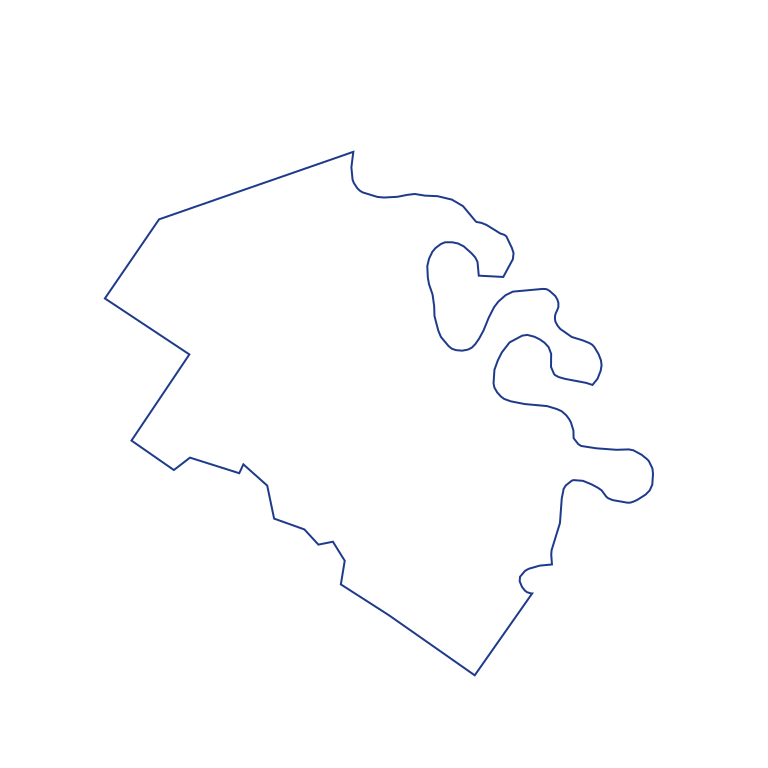 Tunica, Mississippi, United States of America (orthographic projection), rotated 125°
{"feature_id": "52423323B98518761698174", "entity_name": "Tunica", "entity_type": "district", "adm_level": 2, "iso_a3": "USA", "parent_name": "United States of America", "parent_adm1": "Mississippi", "projection": "orthographic", "projection_center": [-90.469, 34.658], "detail": "fine", "context": "isolated", "style": "outline", "palette": "blue", "viewbox_px": 768, "rotation_deg": 125, "n_neighbors": 0, "source": "geoboundaries", "source_scale": "gbopen_adm2", "svg_char_len": 2362}
<svg xmlns="http://www.w3.org/2000/svg" viewBox="0 0 768 768"><g transform="rotate(125 384 384)"><path d="M575.2,558.4L575.0,506.8L555.6,500.7L540.1,451.4L530.5,453.1L534.2,421.4L557.3,396.8L548.8,365.8L553.2,345.6L542.5,335.4L551.3,314.8L572.9,304.4L570.6,247.3L570.6,142.6L470.6,142.5L471.3,143.6L472.5,147.4L472.4,150.0L471.1,154.5L467.8,159.7L463.9,162.0L456.2,161.3L452.4,159.5L443.4,152.2L435.5,142.9L427.9,149.1L424.0,151.4L397.0,160.1L375.7,172.8L369.5,175.5L366.9,176.7L362.8,176.9L355.4,174.7L354.0,173.6L349.2,165.5L347.2,156.5L346.3,149.3L346.3,144.7L348.8,137.3L349.0,134.8L347.9,130.0L341.5,116.3L339.8,114.1L337.0,112.0L333.5,110.0L324.6,106.3L318.8,105.3L312.6,106.5L303.3,112.1L299.2,115.7L295.2,122.9L294.7,125.4L294.2,132.4L295.3,141.8L297.2,146.0L304.6,155.9L314.9,173.2L321.7,187.0L321.8,190.5L319.6,197.6L313.4,202.2L308.3,208.8L306.7,211.9L305.1,216.7L304.4,222.9L305.4,228.1L308.5,237.6L319.8,257.4L325.5,270.3L327.3,277.0L327.2,280.9L326.0,286.4L323.6,291.5L320.7,294.6L309.0,301.7L299.4,304.3L290.4,305.6L277.9,305.0L265.1,298.5L261.6,294.8L259.0,287.9L258.1,282.0L258.1,276.2L259.4,270.3L263.4,264.4L274.2,257.0L278.2,250.6L278.6,249.1L278.1,244.8L275.9,238.5L267.1,219.0L265.2,212.7L257.2,212.1L248.9,214.1L243.9,216.5L240.2,219.8L236.5,225.3L233.0,233.1L232.4,236.3L232.7,239.5L234.3,246.4L237.8,257.2L237.8,271.2L236.7,275.2L234.7,279.2L233.0,281.0L230.3,282.9L227.5,283.9L224.4,284.4L220.9,285.3L217.4,287.8L215.5,290.3L213.7,294.0L212.8,301.2L212.9,304.3L213.5,306.1L215.3,308.8L234.4,331.4L241.4,335.3L250.9,337.6L257.9,337.9L269.9,336.2L282.9,333.2L292.3,332.1L299.1,332.1L303.8,332.9L307.7,335.0L311.8,339.0L315.0,344.5L316.2,348.7L315.9,352.8L312.8,364.4L309.1,370.2L299.4,381.6L291.4,387.6L282.8,395.6L276.5,404.3L271.6,409.2L262.7,416.1L255.5,419.0L248.0,420.2L243.1,419.8L236.7,417.7L232.8,415.2L228.8,409.4L226.5,404.2L225.5,397.8L226.7,387.4L228.0,381.8L230.4,377.4L240.9,368.5L227.9,347.7L207.9,350.0L202.4,353.0L199.2,357.3L192.9,368.4L192.8,371.1L194.0,375.0L194.9,391.3L196.2,396.8L198.1,400.9L198.2,402.0L197.8,403.6L193.0,421.2L194.0,434.1L199.4,447.8L206.2,458.5L210.7,467.8L215.9,473.6L222.9,480.3L231.2,490.9L234.5,496.6L239.3,511.4L239.5,514.7L239.0,518.0L236.7,523.9L234.6,527.0L225.2,535.0L211.4,542.3L378.1,662.7L474.0,661.7L471.4,560.4L575.2,558.4Z" fill="none" stroke="#1e3a8a" stroke-width="2"/></g></svg>